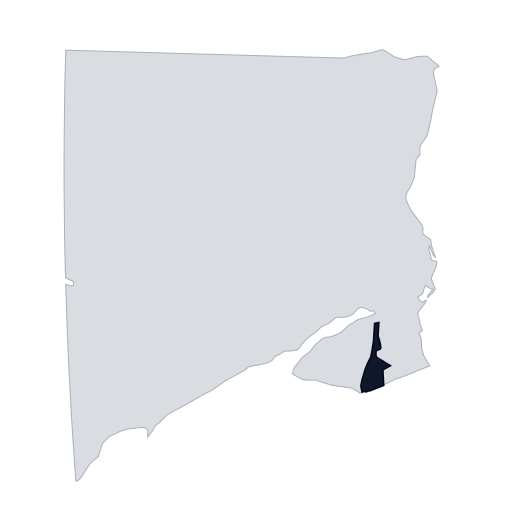 Nakhl, Shamal Sina', Egypt shown in context, rotated 87°
{"feature_id": "37247803B50825531526089", "entity_name": "Nakhl", "entity_type": "district", "adm_level": 2, "iso_a3": "EGY", "parent_name": "Egypt", "parent_adm1": "Shamal Sina'", "projection": "albers", "projection_center": [34.247, 29.91], "detail": "fine", "context": "in_parent", "style": "filled", "palette": "ink", "viewbox_px": 512, "rotation_deg": 87, "n_neighbors": 0, "source": "geoboundaries", "source_scale": "gbopen_adm2", "svg_char_len": 3827}
<svg xmlns="http://www.w3.org/2000/svg" viewBox="0 0 512 512"><g transform="rotate(87 256 256)"><path d="M471.5,447.6L459.6,447.9L447.7,448.1L435.8,448.3L423.9,448.5L412.0,448.6L400.1,448.7L388.2,448.7L376.3,448.7L364.4,448.7L352.5,448.7L340.6,448.6L328.7,448.5L316.8,448.3L304.9,448.1L293.0,447.9L281.1,447.7L274.3,447.5L275.5,444.1L276.3,441.7L275.5,440.0L273.2,439.5L271.7,440.0L268.0,447.1L266.1,447.3L261.9,447.2L248.0,446.8L234.2,446.4L220.3,445.9L206.5,445.3L192.6,444.7L178.8,444.1L165.0,443.4L151.1,442.7L137.3,441.9L123.5,441.1L109.6,440.2L95.8,439.3L82.0,438.4L68.1,437.4L54.3,436.3L40.5,435.2L41.2,426.6L41.9,418.0L42.6,409.4L43.3,400.8L44.0,392.2L44.7,383.5L45.4,374.9L46.1,366.3L46.8,357.6L47.5,349.0L48.2,340.4L48.9,331.7L49.6,323.1L50.3,314.4L51.0,305.8L51.7,297.1L52.4,288.4L53.1,279.8L53.8,271.1L54.5,262.5L55.2,253.8L55.9,245.1L56.6,236.5L57.3,227.8L58.0,219.1L58.7,210.4L59.4,201.8L60.1,193.1L60.8,184.4L61.5,175.7L62.2,167.1L62.9,158.4L62.7,156.7L61.3,150.7L60.3,143.1L59.2,133.7L59.2,130.7L56.9,120.9L56.8,118.2L57.8,116.4L63.4,108.8L65.3,105.0L66.9,100.5L67.7,96.7L66.7,90.8L65.4,85.5L65.2,80.1L65.4,74.8L68.2,71.5L71.6,68.4L72.9,66.4L74.9,64.2L76.2,63.3L78.3,68.1L83.4,69.3L100.6,66.4L118.9,71.9L129.0,74.2L144.7,78.8L153.9,85.8L156.5,86.8L163.5,87.0L167.9,91.1L185.9,93.8L195.4,98.5L200.8,102.1L204.0,103.2L207.0,103.2L211.0,102.1L216.0,100.0L221.6,96.9L233.1,89.0L237.2,87.7L239.7,88.2L242.9,88.2L244.3,86.0L246.0,84.5L247.1,82.7L248.9,80.7L254.7,80.2L266.5,77.0L265.1,78.7L254.4,82.4L258.9,83.1L263.6,81.8L268.9,81.1L269.9,79.4L270.7,76.1L271.8,75.7L275.4,76.4L286.2,81.7L288.9,81.9L296.7,79.3L298.3,78.7L300.8,80.3L306.4,86.7L304.4,86.5L298.4,81.0L297.8,83.7L294.2,88.3L298.5,90.4L302.0,91.3L303.9,93.9L305.1,96.3L308.5,95.3L311.1,92.2L309.8,90.4L309.0,88.5L310.1,88.5L312.5,90.1L319.4,96.2L321.7,97.5L324.4,97.3L330.1,95.7L331.6,96.0L339.2,93.8L340.1,95.5L341.3,97.1L347.4,95.3L357.0,95.4L364.9,93.5L374.0,88.7L374.7,88.0L375.2,89.2L376.2,92.5L379.0,100.7L381.4,107.2L384.4,116.2L385.3,119.6L385.7,122.0L390.1,131.9L392.7,140.0L394.6,146.5L397.3,156.2L398.5,159.5L396.6,161.3L392.9,167.6L388.9,187.4L383.1,203.0L382.5,212.7L381.5,216.2L378.8,221.1L375.4,226.0L369.4,223.5L359.6,215.0L354.0,206.9L347.9,201.6L342.3,194.7L340.7,189.7L340.8,186.5L338.4,178.7L336.6,175.0L329.7,166.7L327.8,162.3L326.3,160.3L324.8,157.5L322.5,146.7L319.8,139.9L316.7,141.7L317.2,144.6L314.4,148.5L312.7,153.1L313.9,156.9L319.5,162.7L320.6,165.2L321.8,170.6L321.5,178.0L322.4,180.5L326.6,186.0L328.1,189.3L329.0,192.1L330.4,194.7L334.5,199.5L340.6,208.6L346.3,214.8L350.5,217.7L352.3,220.7L352.7,228.4L352.3,232.0L356.0,238.9L357.3,242.3L360.9,245.2L362.6,248.4L364.1,253.7L366.3,269.2L369.4,273.0L379.2,293.4L387.4,306.2L391.5,315.8L397.6,327.5L409.9,353.1L417.1,361.0L420.1,365.4L425.3,368.7L431.0,373.6L425.6,373.2L424.3,373.5L422.4,374.4L421.5,377.4L421.2,379.8L422.0,392.8L423.5,399.4L428.5,411.9L432.1,415.6L433.9,418.0L436.3,419.7L447.8,423.8L454.6,432.7L469.9,443.8L471.4,446.9L471.5,447.6Z" fill="#d9dde1" stroke="#a8b0b8" stroke-width="1"/><path d="M329.5,141.2L330.3,141.2L347.3,143.2L356.0,145.0L362.8,146.7L367.7,149.5L369.1,150.3L374.9,153.0L385.1,156.6L390.1,157.9L391.5,158.1L393.9,157.8L397.6,157.2L397.4,156.8L397.1,156.1L397.1,155.7L397.1,155.1L397.1,154.6L397.2,154.3L397.4,153.6L397.5,153.2L397.5,152.8L397.2,152.1L396.9,151.3L396.7,150.8L396.7,150.0L396.6,149.1L396.5,148.8L396.0,147.1L395.4,145.7L395.3,145.2L395.0,144.2L394.7,143.5L394.3,142.3L394.1,141.5L393.7,140.3L393.6,140.0L393.0,138.1L392.2,135.9L392.0,135.2L376.4,135.2L372.6,127.4L363.5,140.7L362.3,141.2L360.4,141.4L359.1,141.2L357.9,141.1L356.8,140.5L356.2,138.9L355.5,136.8L354.5,136.2L351.2,136.3L346.0,137.2L342.6,138.2L341.7,138.2L328.8,136.7L329.1,138.6L329.5,141.2Z" fill="#0f172a" stroke="#020617" stroke-width="1.5"/></g></svg>